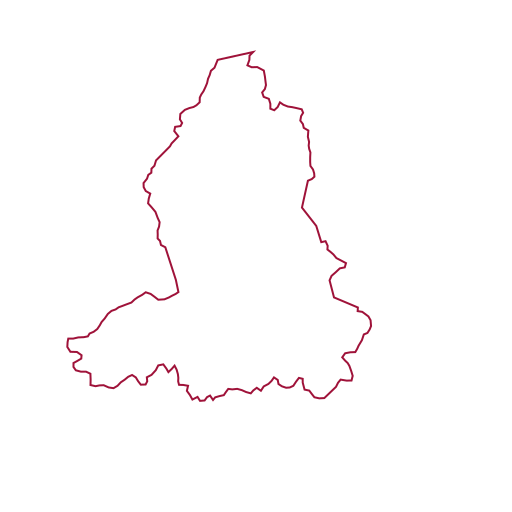 outline of Matos Costa, Santa Catarina, Brazil, rotated 294°
{"feature_id": "56859067B2594470752105", "entity_name": "Matos Costa", "entity_type": "district", "adm_level": 2, "iso_a3": "BRA", "parent_name": "Brazil", "parent_adm1": "Santa Catarina", "projection": "mercator", "projection_center": [-51.158, -26.497], "detail": "fine", "context": "isolated", "style": "outline", "palette": "rose", "viewbox_px": 512, "rotation_deg": 294, "n_neighbors": 0, "source": "geoboundaries", "source_scale": "gbopen_adm2", "svg_char_len": 3196}
<svg xmlns="http://www.w3.org/2000/svg" viewBox="0 0 512 512"><g transform="rotate(294 256 256)"><path d="M154.0,376.2L169.0,382.3L173.6,382.5L177.5,383.6L179.0,389.4L181.1,393.9L185.8,393.1L189.5,389.9L193.6,386.0L195.5,383.3L196.7,379.9L198.5,376.0L203.4,377.0L206.4,381.3L208.6,385.8L212.5,386.2L215.8,386.2L222.2,387.0L228.2,386.4L231.0,389.1L235.1,389.7L238.8,389.6L243.9,386.8L246.5,383.3L247.4,379.5L248.2,375.8L247.0,371.3L250.4,370.0L249.9,344.1L263.7,333.1L268.6,333.1L273.3,335.3L278.8,337.6L281.7,341.7L286.1,341.1L286.5,335.2L286.8,330.3L288.9,326.1L290.0,322.6L291.0,318.6L294.5,317.3L297.8,313.5L295.2,310.0L308.0,298.8L318.9,278.3L345.9,272.8L349.0,275.7L352.2,277.1L355.2,275.5L358.2,272.9L360.4,269.1L363.8,267.3L368.3,265.3L372.7,263.6L375.5,261.0L378.3,259.2L381.8,258.1L386.0,254.9L391.9,252.8L392.5,247.5L395.6,245.2L397.7,241.4L402.2,240.3L406.0,240.8L408.6,238.1L407.6,232.8L406.7,228.5L405.5,224.3L405.3,219.5L406.1,215.4L400.9,215.2L396.6,213.4L396.4,209.2L400.9,207.2L404.8,203.8L404.5,198.3L407.9,195.1L412.1,196.2L416.2,195.6L419.3,193.7L423.5,191.2L428.6,187.7L429.1,180.3L426.7,175.3L426.7,170.6L432.4,170.2L436.4,168.6L441.2,170.4L419.6,141.2L411.1,141.5L406.9,139.5L402.4,140.1L398.4,140.1L394.0,141.0L389.7,141.1L385.1,141.0L381.3,140.3L377.9,140.2L373.5,142.0L369.5,140.3L366.7,138.3L364.1,135.0L360.6,131.6L355.0,129.1L349.9,130.9L347.5,134.4L344.0,134.2L341.1,129.6L336.9,130.5L333.8,136.4L328.6,134.6L324.5,133.1L321.2,132.8L302.7,125.8L297.1,126.5L293.3,125.0L289.5,126.5L286.3,124.6L282.3,125.0L276.9,123.6L273.2,125.4L270.5,128.9L270.0,134.0L264.8,134.7L260.2,136.0L258.1,140.7L255.4,146.2L250.8,150.7L247.7,154.2L243.4,155.5L239.3,155.7L235.6,157.5L232.0,159.0L230.7,162.2L227.4,164.7L227.1,169.6L201.6,192.5L191.5,199.8L188.6,198.0L185.5,195.4L182.7,193.3L179.2,190.0L176.3,184.5L177.5,179.7L178.5,175.2L178.0,170.0L174.2,167.8L170.1,164.7L166.9,162.8L162.8,161.1L158.9,157.1L155.6,153.8L153.3,151.4L150.1,149.5L147.1,146.3L142.8,144.2L137.4,143.2L132.9,141.8L129.2,141.5L124.7,140.7L120.7,138.5L117.5,135.5L114.2,135.1L111.8,131.7L109.3,126.7L106.2,122.6L104.2,118.1L100.7,118.9L96.2,120.6L93.0,125.4L95.5,131.5L94.4,137.0L91.2,138.1L87.4,135.4L84.0,132.8L80.4,134.4L78.3,137.9L79.1,143.0L81.2,147.7L81.1,152.6L75.8,155.2L70.8,157.3L71.8,162.4L74.1,165.6L76.0,169.4L76.0,174.9L77.3,179.6L81.1,182.3L85.7,183.9L89.5,186.3L93.7,188.4L96.9,191.2L96.2,195.6L93.7,199.2L91.6,203.1L93.7,207.4L97.3,207.6L100.8,205.6L104.9,208.9L110.9,210.9L116.3,211.2L119.3,215.4L116.7,219.9L114.3,223.2L118.7,225.0L122.7,226.2L119.9,229.7L116.3,232.7L113.1,234.6L109.8,235.9L107.0,238.1L108.6,242.0L109.8,246.7L104.7,247.7L102.1,252.2L99.0,256.3L103.5,259.9L100.9,263.8L103.1,267.8L107.2,268.7L109.8,270.8L107.0,275.3L110.3,276.2L113.3,279.8L115.8,283.2L119.3,283.8L123.3,284.7L124.5,288.6L127.0,292.9L127.7,297.6L127.7,302.3L128.4,307.1L132.1,308.2L135.9,310.3L134.9,315.3L140.0,316.1L144.2,319.4L148.2,321.0L152.4,321.8L151.6,326.3L148.2,328.6L147.5,332.7L147.9,337.1L149.6,340.3L152.6,342.9L157.5,343.7L162.1,344.8L162.8,348.6L159.3,350.2L153.7,354.7L154.7,359.4L152.6,363.2L150.7,366.8L151.7,371.7L154.0,376.2Z" fill="none" stroke="#9f1239" stroke-width="2"/></g></svg>